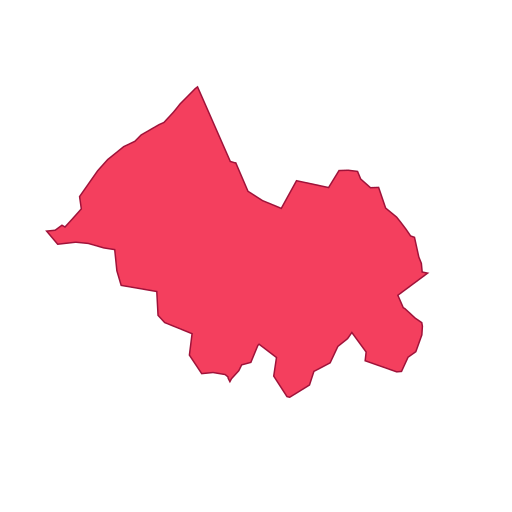 Obokun, Osun, Nigeria, rotated 215°
{"feature_id": "59680162B29331014496737", "entity_name": "Obokun", "entity_type": "district", "adm_level": 2, "iso_a3": "NGA", "parent_name": "Nigeria", "parent_adm1": "Osun", "projection": "mercator", "projection_center": [4.764, 7.778], "detail": "fine", "context": "isolated", "style": "filled", "palette": "rose", "viewbox_px": 512, "rotation_deg": 215, "n_neighbors": 0, "source": "geoboundaries", "source_scale": "gbopen_adm2", "svg_char_len": 1339}
<svg xmlns="http://www.w3.org/2000/svg" viewBox="0 0 512 512"><g transform="rotate(215 256 256)"><path d="M237.0,373.6L235.8,353.7L266.0,340.9L262.6,309.5L282.4,305.1L299.7,304.4L326.0,320.7L326.8,320.2L331.3,318.7L400.9,361.0L401.8,358.2L402.0,356.9L405.4,337.2L405.7,332.1L406.1,326.6L408.0,312.6L410.7,308.1L413.9,301.3L419.5,289.3L421.0,280.5L427.1,269.7L432.8,250.0L434.0,240.2L434.6,234.8L434.6,226.6L434.6,216.9L434.6,203.5L426.1,194.4L427.8,180.1L429.1,170.2L432.6,169.9L435.3,161.9L441.8,156.3L425.2,151.9L411.6,163.9L400.6,170.1L385.4,175.3L375.4,180.2L361.5,164.1L349.6,154.6L316.9,170.0L302.2,151.2L292.6,149.1L263.8,155.7L253.7,136.6L233.0,128.5L224.4,135.9L213.3,141.2L209.6,140.9L208.8,140.0L207.6,139.3L205.3,138.1L205.7,141.4L204.3,152.2L205.3,158.6L199.2,165.9L203.2,183.8L202.9,185.5L181.0,184.6L172.6,167.8L150.0,158.6L147.4,159.6L138.2,181.0L142.4,194.7L134.0,211.0L137.1,228.9L133.6,240.8L133.6,248.3L110.7,240.5L106.5,232.8L74.3,241.8L70.6,244.9L73.4,260.3L70.2,269.3L74.9,286.5L79.4,293.9L82.0,296.5L89.9,296.4L104.0,298.3L105.7,298.1L117.3,305.2L105.6,340.4L110.7,338.2L116.3,344.8L122.0,348.5L136.9,362.2L140.9,361.1L148.6,364.0L157.0,366.7L163.1,368.5L177.3,369.6L194.9,382.5L201.4,377.6L214.4,379.1L221.3,383.5L221.6,383.4L229.7,379.1L237.0,373.6Z" fill="#f43f5e" stroke="#9f1239" stroke-width="1.5"/></g></svg>